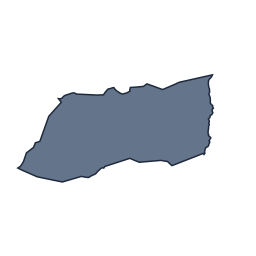 João Dourado, Bahia, Brazil (Albers equal-area conic projection), rotated 27°
{"feature_id": "56859067B11161986118081", "entity_name": "João Dourado", "entity_type": "district", "adm_level": 2, "iso_a3": "BRA", "parent_name": "Brazil", "parent_adm1": "Bahia", "projection": "albers", "projection_center": [-41.539, -11.21], "detail": "fine", "context": "isolated", "style": "filled", "palette": "slate", "viewbox_px": 256, "rotation_deg": 27, "n_neighbors": 0, "source": "geoboundaries", "source_scale": "gbopen_adm2", "svg_char_len": 1863}
<svg xmlns="http://www.w3.org/2000/svg" viewBox="0 0 256 256"><g transform="rotate(27 128 128)"><path d="M207.7,117.1L208.0,115.8L207.0,114.2L206.4,112.1L206.3,110.0L207.5,108.5L207.8,107.1L207.4,106.0L207.4,104.7L207.2,103.3L206.0,102.7L206.2,100.6L206.3,99.2L204.8,98.6L203.1,98.3L202.8,97.1L201.6,96.2L200.9,94.6L199.9,91.6L199.1,90.0L198.9,88.0L197.7,87.1L197.7,85.8L196.9,84.4L195.5,83.5L196.2,81.5L195.6,79.6L196.6,78.0L196.7,75.9L195.6,75.0L194.6,73.2L195.1,71.6L194.0,70.9L193.3,69.6L191.9,69.2L190.3,68.7L189.6,67.5L188.8,65.9L187.5,63.7L185.7,62.0L184.5,60.8L184.5,58.9L183.4,57.4L182.9,56.2L181.6,55.2L180.4,53.5L179.4,51.9L178.9,50.8L178.3,49.4L178.3,47.8L178.8,46.0L179.2,44.2L179.1,42.3L153.0,63.9L151.2,66.1L150.4,67.2L141.4,78.0L135.3,78.8L133.2,79.0L124.8,80.1L122.9,83.9L116.3,88.1L111.7,90.8L112.3,93.4L113.0,94.4L110.8,97.5L108.6,99.4L107.4,100.4L106.0,100.4L104.8,100.5L103.6,100.3L102.1,100.2L100.7,99.9L99.5,99.6L98.2,99.1L97.1,98.4L95.8,99.3L94.6,100.6L93.4,101.6L92.4,102.6L92.1,103.9L91.8,105.2L91.4,106.7L91.2,108.2L91.2,109.5L84.9,113.0L83.0,113.8L66.6,121.2L64.5,121.0L62.5,122.1L61.0,123.6L59.9,124.7L57.5,127.1L56.7,128.1L56.2,129.3L55.6,131.4L54.7,132.6L52.7,133.4L56.9,135.4L52.1,153.5L55.5,179.6L54.9,180.7L52.2,183.1L52.6,188.2L50.8,192.1L48.8,196.3L49.2,198.9L49.4,200.4L50.1,205.3L49.9,207.8L49.7,210.2L49.3,211.4L48.7,212.5L48.0,213.7L52.1,213.7L69.2,212.7L74.4,211.3L83.9,208.7L85.7,208.2L94.0,205.9L108.3,192.4L114.5,190.4L115.7,189.7L116.2,188.4L117.2,187.1L118.6,185.3L119.8,183.8L120.3,182.3L120.6,180.9L120.9,179.8L121.5,178.5L122.2,176.3L123.1,175.1L124.6,174.7L124.8,172.8L130.8,166.8L143.4,154.2L146.1,154.0L148.1,153.9L153.6,153.4L171.9,142.0L176.6,140.5L178.4,139.9L179.7,140.3L184.1,141.6L185.5,140.2L203.2,120.3L205.2,118.0L206.5,116.5L207.7,117.1Z" fill="#64748b" stroke="#1e293b" stroke-width="1.5"/></g></svg>